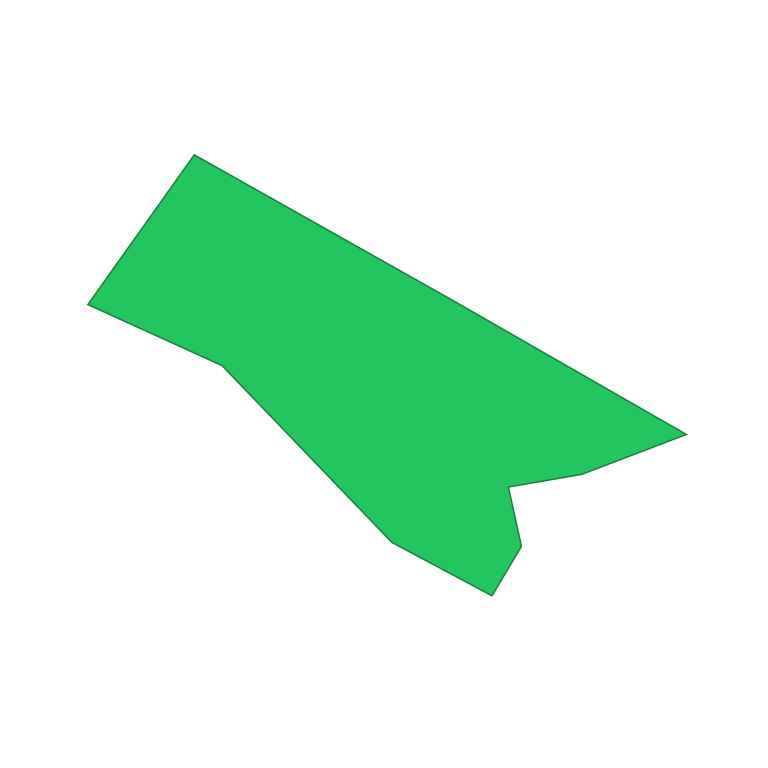 Ngchesar, Robinson projection, rotated 102°
{"feature_id": "PLW-5255", "entity_name": "Ngchesar", "entity_type": "state/province", "adm_level": 1, "iso_a3": "PLW", "parent_name": "Palau", "parent_adm1": "", "projection": "robinson", "projection_center": [134.604, 7.467], "detail": "fine", "context": "isolated", "style": "filled", "palette": "green", "viewbox_px": 768, "rotation_deg": 102, "n_neighbors": 0, "source": "natural_earth", "source_scale": "10m", "svg_char_len": 302}
<svg xmlns="http://www.w3.org/2000/svg" viewBox="0 0 768 768"><g transform="rotate(102 384 384)"><path d="M568.7,234.3L537.4,343.2L399.7,546.2L367.9,690.2L199.3,617.2L287.7,335.0L370.5,77.8L431.3,171.9L458.9,240.9L514.2,215.8L568.7,234.3Z" fill="#22c55e" stroke="#15803d" stroke-width="1.5"/></g></svg>